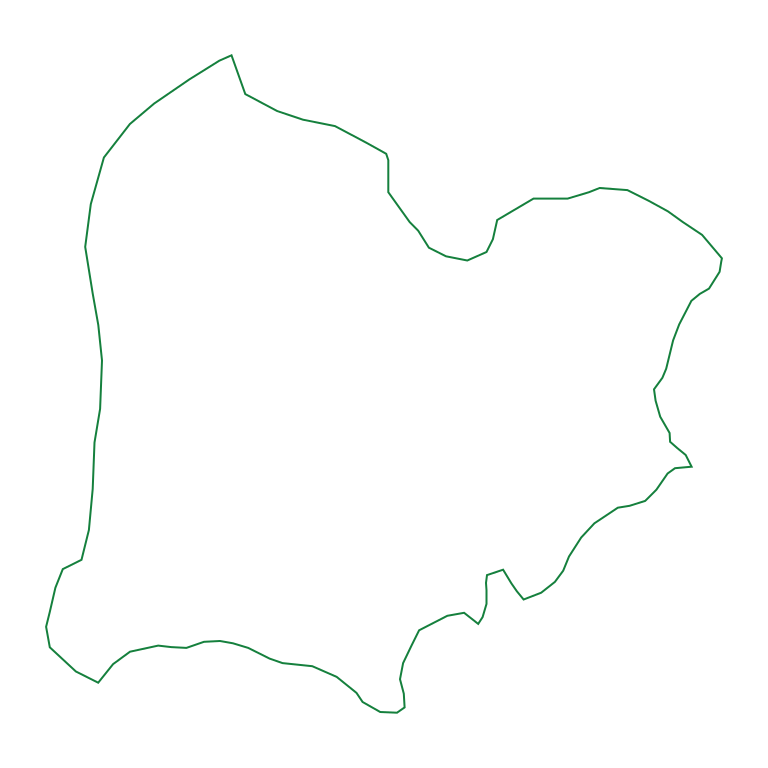 the district of Tanjung Manis, Sarawak, Malaysia
{"feature_id": "92858781B89003651780550", "entity_name": "Tanjung Manis", "entity_type": "district", "adm_level": 2, "iso_a3": "MYS", "parent_name": "Malaysia", "parent_adm1": "Sarawak", "projection": "orthographic", "projection_center": [111.343, 2.279], "detail": "fine", "context": "isolated", "style": "outline", "palette": "green", "viewbox_px": 768, "rotation_deg": 0, "n_neighbors": 0, "source": "geoboundaries", "source_scale": "gbopen_adm2", "svg_char_len": 1512}
<svg xmlns="http://www.w3.org/2000/svg" viewBox="0 0 768 768"><path d="M669.6,433.0L660.2,416.7L655.6,400.7L654.0,389.3L662.4,377.8L666.2,368.7L673.1,340.4L679.2,324.4L691.4,300.8L699.8,293.9L709.0,288.6L719.6,271.8L721.2,261.9L721.9,258.3L702.1,234.9L682.9,222.1L668.0,211.4L648.7,200.8L627.4,190.1L599.6,188.0L589.0,192.2L567.6,198.6L550.6,198.6L533.5,198.6L497.2,220.0L492.9,239.2L486.5,252.0L467.3,260.5L446.0,256.3L428.9,247.7L418.2,230.7L409.7,222.1L388.3,192.2L388.3,177.3L388.3,160.2L386.2,153.8L367.0,143.1L335.0,126.1L303.0,119.7L277.3,111.1L245.3,94.1L231.5,55.3L219.3,60.7L189.5,79.3L154.2,103.5L129.9,124.0L103.9,157.5L90.8,204.1L85.2,246.9L92.7,293.5L98.3,325.1L102.0,360.5L100.1,408.9L94.5,442.5L92.7,489.0L88.9,530.0L81.5,559.8L62.8,569.1L55.4,587.7L49.8,611.9L46.1,626.8L49.8,647.3L75.9,671.5L98.2,682.7L113.1,664.1L130.0,651.7L158.2,645.6L171.2,647.1L186.4,647.9L204.0,641.8L220.0,641.0L233.0,643.3L248.2,647.9L269.6,658.6L282.5,663.1L312.3,666.2L336.7,676.9L356.5,692.9L362.6,702.0L380.2,712.0L397.0,712.7L404.6,707.4L403.8,693.7L400.0,679.2L403.1,663.1L411.5,645.6L419.1,630.3L447.3,615.8L464.1,612.8L478.2,623.9L482.6,617.1L486.5,603.9L486.5,596.6L486.5,590.2L486.0,582.9L487.0,575.1L503.1,569.7L511.4,583.4L516.8,591.2L523.6,599.5L541.2,592.7L554.9,581.9L563.2,570.7L569.0,556.5L581.2,537.5L594.4,523.3L617.8,507.7L629.6,505.8L645.2,500.9L656.4,489.7L667.6,473.5L675.0,468.2L691.6,466.7L685.7,455.0L677.4,448.2L670.1,441.8L669.6,433.0Z" fill="none" stroke="#15803d" stroke-width="2"/></svg>